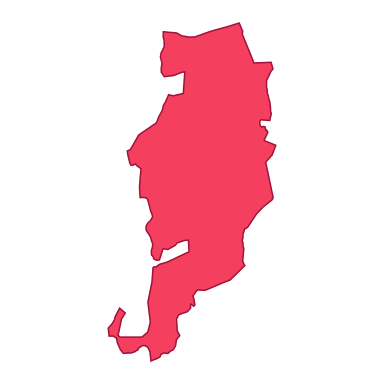 Buji, Jigawa, Nigeria (Equal Earth projection)
{"feature_id": "59680162B86414227144381", "entity_name": "Buji", "entity_type": "district", "adm_level": 2, "iso_a3": "NGA", "parent_name": "Nigeria", "parent_adm1": "Jigawa", "projection": "equal_earth", "projection_center": [9.704, 11.546], "detail": "fine", "context": "isolated", "style": "filled", "palette": "rose", "viewbox_px": 384, "rotation_deg": 0, "n_neighbors": 0, "source": "geoboundaries", "source_scale": "gbopen_adm2", "svg_char_len": 3479}
<svg xmlns="http://www.w3.org/2000/svg" viewBox="0 0 384 384"><path d="M151.0,361.0L154.6,359.5L156.6,358.8L157.0,358.5L159.9,357.0L161.3,354.1L164.1,353.0L167.9,353.5L170.4,351.2L173.1,349.9L174.3,348.0L175.6,345.7L176.2,341.3L176.3,339.8L177.1,339.1L178.5,337.1L179.7,335.7L179.3,334.6L178.4,333.0L178.0,332.7L177.9,331.9L177.5,331.3L177.0,330.4L177.2,328.7L176.6,320.7L176.5,319.1L178.8,314.8L183.4,313.0L184.6,312.7L186.1,312.2L187.5,311.6L189.4,309.6L190.7,308.0L190.5,306.4L190.6,304.9L190.9,304.1L193.7,306.2L194.7,305.5L194.7,304.0L194.5,302.4L194.0,299.4L193.0,295.9L197.3,290.0L205.2,290.3L223.1,282.7L230.1,280.0L236.0,274.3L243.4,266.9L244.8,265.7L242.7,261.4L243.8,249.0L243.3,246.8L243.0,246.0L243.0,242.9L242.2,240.9L242.5,239.5L243.0,237.8L242.9,234.7L244.7,229.0L247.6,227.4L251.3,221.8L251.8,221.0L256.4,214.1L262.9,207.2L263.2,206.9L266.0,204.7L272.4,199.5L273.1,197.3L265.7,162.2L272.2,154.9L275.8,145.3L264.1,140.6L264.6,139.2L266.1,136.1L266.3,135.8L267.6,133.0L267.8,132.4L267.6,131.6L267.0,131.0L267.0,130.7L266.9,130.3L266.7,130.2L266.4,130.1L266.2,130.1L265.9,130.2L265.7,130.2L265.6,129.7L265.6,129.2L265.5,128.9L265.4,128.4L265.1,127.2L265.1,126.9L264.8,126.7L264.3,126.6L263.9,126.5L263.6,126.4L262.8,126.6L262.4,126.8L262.0,127.2L261.7,127.2L260.3,125.8L259.9,124.4L259.8,122.3L260.0,121.0L261.0,119.8L269.8,120.5L270.6,116.6L271.4,113.5L270.6,111.5L270.5,107.4L269.7,101.3L268.9,99.2L268.1,95.2L267.3,93.1L267.3,90.1L266.7,87.8L266.5,87.0L266.5,81.9L266.5,80.7L271.1,71.1L273.0,69.1L271.1,62.3L254.0,63.0L251.6,57.0L242.3,34.2L242.7,31.3L239.2,23.0L226.2,27.0L220.5,28.6L216.0,29.8L209.7,31.6L195.0,36.9L189.2,37.1L181.7,35.8L176.8,33.0L174.1,32.7L168.0,32.2L163.3,31.7L163.2,37.0L164.1,40.6L164.2,46.7L162.7,49.8L161.1,52.9L160.4,57.0L161.2,60.1L162.0,63.1L161.2,68.3L161.3,72.3L164.3,76.7L168.8,76.1L173.7,75.5L181.8,72.3L184.3,72.0L184.8,71.9L183.3,93.4L176.1,95.1L173.3,95.8L172.8,95.7L168.6,94.7L167.6,97.1L165.5,101.8L163.1,105.9L163.1,107.1L162.3,110.2L160.1,114.3L158.5,117.4L157.0,121.5L155.5,123.6L154.1,124.4L138.7,135.0L136.6,138.7L130.3,149.7L127.3,150.9L127.8,154.7L129.0,159.6L129.8,163.1L131.1,165.4L132.7,165.2L135.5,164.0L136.9,165.7L141.0,168.8L140.3,176.4L139.8,182.9L139.5,187.0L140.1,197.6L143.4,197.5L145.4,197.7L147.4,199.0L147.9,200.5L149.6,206.5L149.8,207.5L150.5,210.5L151.9,214.2L152.5,216.3L152.2,217.7L151.2,219.3L150.1,220.9L148.6,222.2L147.2,224.0L146.0,226.4L146.0,229.2L146.9,231.6L148.2,233.2L149.5,235.4L150.7,237.4L151.5,240.6L152.5,243.3L152.7,245.2L152.4,247.0L151.9,249.0L151.3,250.7L151.5,255.0L153.0,256.3L153.5,258.2L154.4,259.4L156.9,260.3L159.5,259.9L159.6,259.4L163.1,248.7L167.5,249.4L167.8,249.5L175.2,245.4L177.2,242.9L184.4,240.5L188.4,240.0L188.8,247.9L189.0,250.3L188.7,252.0L185.2,253.5L180.0,256.0L177.2,257.3L173.9,259.0L171.0,260.2L169.0,261.2L167.8,261.9L166.5,262.2L165.2,262.7L160.2,264.1L158.2,265.2L157.1,266.0L156.4,266.7L155.2,267.0L154.1,266.7L153.0,267.8L152.0,281.7L147.9,302.1L150.3,322.1L147.8,332.1L142.1,336.9L141.8,337.1L120.0,337.1L118.1,335.3L121.5,319.0L125.3,313.1L122.7,310.8L119.6,308.1L115.3,316.4L114.3,320.1L112.1,323.7L111.8,324.1L108.2,328.2L109.1,336.1L113.4,336.1L116.6,338.4L117.2,342.3L120.4,349.7L123.3,353.4L127.0,353.1L127.8,352.8L128.0,353.1L131.7,352.9L135.4,351.5L136.7,350.3L137.6,350.2L138.1,349.7L138.1,348.8L139.3,347.7L142.5,345.6L142.8,345.6L145.1,345.7L147.8,347.3L149.9,351.8L151.0,361.0Z" fill="#f43f5e" stroke="#9f1239" stroke-width="1.5"/></svg>